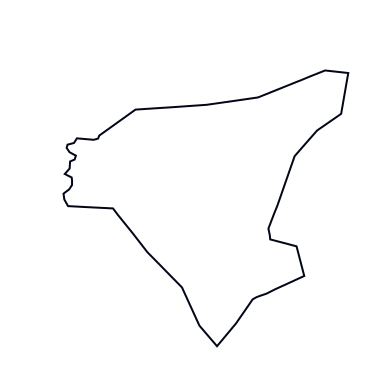 the district of São Julião, Piauí, Brazil, rotated 281°
{"feature_id": "56859067B17966714398568", "entity_name": "São Julião", "entity_type": "district", "adm_level": 2, "iso_a3": "BRA", "parent_name": "Brazil", "parent_adm1": "Piauí", "projection": "equal_earth", "projection_center": [-40.828, -7.071], "detail": "fine", "context": "isolated", "style": "outline", "palette": "ink", "viewbox_px": 384, "rotation_deg": 281, "n_neighbors": 0, "source": "geoboundaries", "source_scale": "gbopen_adm2", "svg_char_len": 881}
<svg xmlns="http://www.w3.org/2000/svg" viewBox="0 0 384 384"><g transform="rotate(281 192 192)"><path d="M45.4,246.0L67.6,258.2L71.4,260.3L98.3,272.1L101.2,275.6L103.5,279.4L106.4,284.5L112.3,292.1L131.0,318.2L158.6,305.0L160.4,277.8L164.2,276.7L170.7,274.0L187.3,276.9L194.8,278.4L241.9,285.2L246.7,285.9L255.9,291.2L276.3,303.1L297.2,323.5L332.4,322.8L338.6,322.7L336.7,299.5L328.2,286.2L322.6,277.8L319.9,273.5L297.4,238.7L280.4,189.8L271.5,156.6L267.6,141.7L262.1,120.8L229.7,90.2L226.5,89.6L224.5,85.6L222.7,68.8L217.6,66.8L214.7,60.8L211.4,60.5L207.7,64.2L205.5,71.1L201.5,70.6L198.7,66.5L191.7,67.4L185.4,63.7L183.3,71.1L180.3,72.1L175.9,72.9L171.1,70.9L165.9,66.2L160.3,68.1L154.5,73.0L156.7,88.9L160.8,117.6L155.3,123.7L139.9,142.0L124.3,159.8L113.1,176.2L110.5,179.9L96.4,200.4L81.8,210.8L62.2,224.8L45.4,246.0Z" fill="none" stroke="#020617" stroke-width="2"/></g></svg>